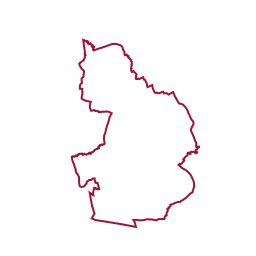 Chamni, Buri Ram, Thailand, rotated 72°
{"feature_id": "78962969B38996553014175", "entity_name": "Chamni", "entity_type": "district", "adm_level": 2, "iso_a3": "THA", "parent_name": "Thailand", "parent_adm1": "Buri Ram", "projection": "albers", "projection_center": [102.795, 14.787], "detail": "fine", "context": "isolated", "style": "outline", "palette": "rose", "viewbox_px": 256, "rotation_deg": 72, "n_neighbors": 0, "source": "geoboundaries", "source_scale": "gbopen_adm2", "svg_char_len": 5782}
<svg xmlns="http://www.w3.org/2000/svg" viewBox="0 0 256 256"><g transform="rotate(72 128 128)"><path d="M209.2,86.6L205.8,84.4L204.4,83.3L203.9,83.0L199.9,82.1L198.5,82.1L193.6,82.6L192.4,82.8L190.2,83.6L187.0,85.3L185.9,86.0L183.6,88.2L181.8,89.6L178.9,91.3L178.7,91.4L178.0,89.9L178.1,89.7L178.6,89.5L178.7,89.3L178.4,87.9L178.3,87.6L177.4,86.8L176.5,84.7L176.2,84.5L175.8,84.5L175.5,85.1L175.2,85.2L174.6,84.9L174.1,83.7L172.9,81.7L172.3,79.8L171.9,79.5L170.7,79.3L170.1,78.7L170.1,78.3L170.2,78.0L171.8,77.1L172.0,76.8L172.0,76.6L171.8,76.4L170.4,76.3L170.1,75.8L170.1,75.3L171.0,73.0L171.9,72.1L173.0,71.4L173.1,71.2L172.8,70.6L172.8,69.9L172.6,69.7L172.4,69.6L171.7,70.2L171.5,70.7L171.3,70.9L170.9,70.9L170.4,70.7L169.7,70.1L169.5,68.9L168.8,68.0L168.2,66.4L167.6,66.3L167.4,66.7L167.4,68.3L167.1,68.9L166.7,69.0L166.2,68.7L164.7,68.3L164.2,68.0L162.9,67.7L161.2,68.1L155.5,68.3L150.7,68.9L149.7,68.9L149.1,68.8L147.8,67.8L144.6,64.7L144.0,64.2L143.6,64.1L141.7,64.1L139.2,65.1L138.1,65.3L136.0,65.5L134.8,65.5L132.4,66.0L129.6,66.0L127.4,66.5L125.2,67.2L123.2,68.3L121.8,69.5L121.4,70.1L120.8,71.5L120.2,72.0L112.3,73.6L107.8,74.0L107.7,74.4L108.3,76.2L108.4,77.8L108.6,78.2L108.8,79.1L106.8,80.5L106.3,83.1L104.4,83.4L104.3,84.6L104.6,87.4L104.1,88.8L103.3,89.5L103.1,91.3L101.7,91.8L98.7,92.2L97.8,92.2L94.7,91.7L94.7,92.6L95.2,96.7L93.7,96.8L92.0,96.5L90.9,96.4L87.2,97.1L86.7,98.0L84.3,97.9L84.9,102.2L84.3,102.7L84.5,103.2L84.0,104.8L83.6,105.4L82.9,105.3L82.2,104.6L80.9,104.3L79.9,103.3L78.5,103.7L76.4,105.0L75.5,105.1L75.9,107.0L74.5,107.2L72.5,106.8L72.5,106.4L71.8,106.5L70.9,105.9L70.3,105.8L69.7,105.1L69.1,104.9L68.7,105.0L68.6,104.8L67.3,104.2L66.4,104.0L65.8,104.4L65.5,104.4L64.8,104.3L64.3,104.0L63.3,104.6L62.8,104.6L62.8,105.0L62.6,105.1L62.2,105.0L61.6,105.6L60.9,105.7L60.0,105.3L59.9,105.9L59.5,105.9L59.5,106.4L57.9,106.4L57.7,108.6L54.1,107.9L51.9,108.5L49.2,108.3L48.5,108.6L46.9,109.7L45.0,112.3L44.0,114.3L43.3,116.9L43.5,127.1L43.4,131.9L43.6,136.6L43.2,136.9L42.8,136.7L42.4,137.0L42.0,137.0L41.9,136.9L42.0,136.6L41.8,136.6L41.4,136.4L41.4,136.1L40.9,135.6L40.7,135.7L40.7,136.1L40.4,136.1L40.3,136.3L40.0,135.7L39.8,136.3L39.6,136.4L39.3,136.1L38.7,136.3L38.7,136.6L38.3,136.4L38.1,137.1L37.9,137.0L37.8,136.7L37.6,136.7L37.4,137.0L37.1,137.0L36.7,137.3L36.6,137.6L36.0,137.8L36.2,138.1L36.0,138.3L36.2,139.1L35.5,139.2L35.1,140.1L34.9,140.1L34.8,139.4L34.3,139.5L33.6,139.2L33.4,139.3L32.5,140.2L32.5,140.5L32.8,140.7L32.5,140.8L32.4,141.4L32.2,141.4L32.1,141.6L31.8,141.8L31.8,142.1L31.3,142.3L31.1,142.7L30.7,142.8L30.3,143.4L43.9,145.8L44.1,146.3L44.3,146.3L45.7,146.0L45.8,146.7L47.7,147.3L49.3,148.8L49.8,149.5L50.0,149.5L50.2,150.7L50.9,152.4L51.1,153.3L51.4,153.3L51.8,154.5L52.6,154.6L55.6,154.3L56.1,154.0L57.6,153.8L59.5,152.5L60.2,152.3L60.7,152.5L63.0,153.4L64.2,154.2L65.4,154.5L66.5,156.8L68.9,157.5L70.7,157.8L71.2,158.1L71.2,158.7L71.7,159.7L72.5,160.4L73.0,160.7L75.8,161.7L76.7,159.4L78.0,159.9L81.7,160.8L83.0,161.8L85.6,163.0L86.8,162.2L88.7,160.1L90.0,158.1L91.6,155.3L93.0,156.3L94.9,157.3L96.9,158.0L100.2,157.8L100.5,156.0L100.3,155.0L100.8,154.2L101.6,154.0L102.1,152.3L102.6,151.5L103.0,151.1L103.6,151.2L103.8,151.1L103.9,150.1L104.4,149.0L104.6,146.8L105.2,146.0L105.3,144.5L105.7,143.7L106.2,142.0L106.6,141.4L107.2,140.7L107.8,140.1L108.7,139.6L109.0,139.0L111.9,142.1L116.5,144.9L119.6,147.4L122.4,149.3L125.6,151.1L128.1,153.2L130.5,154.1L133.2,154.7L135.4,154.9L135.5,155.1L136.0,155.3L136.1,155.7L135.9,156.5L136.3,157.5L135.8,157.9L135.6,157.9L135.5,158.3L135.9,158.9L135.6,159.5L135.6,160.0L135.8,160.3L136.3,160.4L136.3,160.9L136.4,161.7L137.0,162.0L137.2,162.3L137.6,162.3L137.6,161.8L137.7,161.6L138.0,161.6L138.3,161.9L138.5,163.9L138.2,164.5L138.7,166.3L138.6,166.7L139.5,167.5L139.5,168.0L140.0,168.9L139.8,169.5L140.1,170.0L140.1,170.5L140.9,171.0L141.1,171.5L140.8,171.9L140.2,171.7L139.7,171.9L139.9,172.3L139.7,172.7L140.2,172.9L140.4,173.8L140.1,174.5L140.2,175.8L140.4,176.0L139.4,177.2L138.9,177.5L138.9,177.9L139.5,178.6L139.7,179.1L139.2,179.2L138.8,179.5L138.2,179.5L138.0,180.0L138.2,180.7L137.9,181.1L137.4,182.7L137.4,182.9L138.0,183.1L137.9,183.8L138.4,184.2L138.4,184.5L138.2,185.2L138.9,185.1L139.1,185.2L138.6,185.8L138.6,186.4L138.3,187.0L138.4,187.3L138.8,187.6L138.8,188.0L138.4,188.3L137.8,189.4L137.9,190.2L138.3,190.5L141.4,190.9L144.2,190.8L146.1,190.5L148.0,190.8L151.2,190.5L151.9,190.9L152.6,190.8L153.5,191.1L154.8,191.0L156.0,190.2L158.4,190.0L159.1,189.8L159.7,189.8L165.2,191.5L166.9,191.6L167.4,191.9L168.4,191.7L168.8,191.5L169.5,190.8L169.8,190.2L170.0,188.0L169.5,186.9L168.6,186.0L168.1,184.7L167.6,184.3L166.4,184.0L166.2,183.8L166.2,183.0L165.6,181.4L165.4,181.1L165.7,179.8L165.9,179.6L166.0,179.2L165.9,178.7L165.2,177.0L165.3,176.2L165.6,175.3L166.7,175.7L170.0,175.9L170.6,175.3L170.6,174.0L173.5,174.0L177.3,174.3L177.2,175.2L176.5,175.2L176.2,177.1L175.2,177.2L174.3,178.6L178.9,181.3L179.4,181.5L181.2,181.7L180.5,182.4L177.7,184.4L191.8,186.4L193.3,186.2L199.2,186.4L202.7,190.4L205.0,187.9L205.6,187.1L217.3,164.2L224.5,151.1L220.8,150.7L217.2,151.2L218.0,148.4L219.2,146.0L220.1,143.2L220.4,141.6L220.6,138.8L220.8,137.6L221.3,136.6L222.4,133.4L224.6,129.6L224.6,128.9L224.3,128.6L224.1,127.2L225.7,121.6L225.2,120.9L224.2,120.7L223.5,120.3L223.1,119.3L223.2,118.5L223.0,118.2L222.6,118.1L222.0,118.2L220.5,117.3L220.1,116.9L219.9,116.5L219.3,116.1L218.9,115.6L218.1,115.5L217.3,115.8L216.8,115.1L216.7,114.2L216.9,113.9L216.6,113.7L216.2,113.7L215.8,113.1L215.8,112.5L215.5,112.3L215.3,111.8L214.8,111.5L214.6,111.2L214.3,111.3L214.3,111.0L214.0,110.9L214.3,109.2L213.9,107.5L213.8,104.9L213.8,103.9L214.4,100.9L213.8,100.2L213.6,98.6L213.2,97.2L212.0,93.7L209.8,89.5L209.3,87.7L209.2,86.6Z" fill="none" stroke="#9f1239" stroke-width="2"/></g></svg>